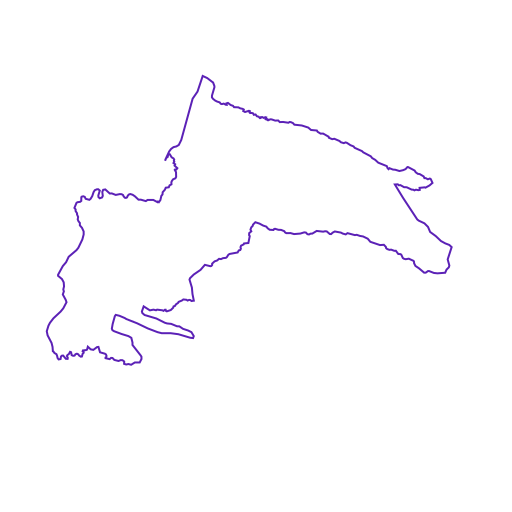 Popokabaka, Bandundu, Democratic Republic of the Congo (Albers equal-area conic projection), rotated 107°
{"feature_id": "63176286B47421332346835", "entity_name": "Popokabaka", "entity_type": "district", "adm_level": 2, "iso_a3": "COD", "parent_name": "Democratic Republic of the Congo", "parent_adm1": "Bandundu", "projection": "albers", "projection_center": [16.639, -5.513], "detail": "fine", "context": "isolated", "style": "outline", "palette": "violet", "viewbox_px": 512, "rotation_deg": 107, "n_neighbors": 0, "source": "geoboundaries", "source_scale": "gbopen_adm2", "svg_char_len": 6147}
<svg xmlns="http://www.w3.org/2000/svg" viewBox="0 0 512 512"><g transform="rotate(107 256 256)"><path d="M397.7,370.0L397.4,365.8L395.8,364.8L395.5,363.4L396.8,361.1L396.6,356.8L395.1,354.9L394.7,353.2L395.4,351.2L397.7,350.6L397.7,348.4L396.6,346.4L396.5,343.6L393.2,340.7L391.8,336.1L388.0,335.4L385.8,336.1L384.9,337.1L377.2,348.1L374.9,348.8L370.7,351.3L369.9,354.6L369.9,361.7L369.4,369.8L368.9,371.6L367.7,372.6L362.9,373.2L354.8,373.4L353.3,372.9L353.1,369.1L353.7,363.4L354.2,361.6L355.1,350.1L356.9,338.3L357.6,327.9L357.4,323.7L354.8,315.2L353.5,307.4L353.4,295.0L352.9,292.2L350.8,292.1L347.7,295.5L347.1,299.2L347.0,304.5L345.7,308.7L346.3,311.0L345.7,317.3L346.5,321.3L346.5,323.6L344.9,333.0L345.0,345.3L343.8,348.0L342.4,348.9L337.0,348.7L339.0,341.6L337.3,338.4L337.1,335.7L336.2,334.9L335.3,329.7L335.5,328.4L334.0,327.4L333.8,326.7L334.8,326.1L335.0,325.1L332.6,321.7L329.7,320.1L328.3,320.1L327.3,318.8L325.8,318.5L323.6,316.8L322.5,316.6L320.3,313.9L318.8,312.8L318.2,309.7L318.6,308.4L317.6,307.2L317.3,306.1L317.9,304.5L316.9,302.4L311.0,305.6L304.9,308.1L298.0,312.7L296.5,312.6L291.9,310.1L285.5,305.0L279.4,302.3L279.1,296.6L278.6,295.8L277.4,295.3L276.1,295.7L273.2,294.0L271.7,291.9L269.5,290.5L269.2,288.6L267.7,286.9L266.6,284.3L265.7,283.6L262.9,282.8L261.8,281.9L258.0,274.6L255.7,274.1L254.9,272.8L253.4,272.6L252.1,273.4L250.5,273.3L248.5,271.2L247.5,271.1L245.8,267.1L238.8,267.8L238.1,268.7L236.1,269.2L233.8,267.7L232.4,269.0L230.0,268.9L228.3,268.0L226.8,268.0L223.9,266.5L224.0,262.1L224.8,258.1L224.9,254.7L226.1,252.9L226.9,250.6L226.0,246.9L225.1,246.7L224.4,245.8L224.4,242.3L223.7,239.6L224.0,236.2L224.9,235.2L225.3,233.7L224.0,229.7L223.9,226.0L221.6,220.2L219.3,216.8L219.0,215.1L220.1,213.2L219.9,211.6L218.7,210.4L218.1,208.7L214.3,205.3L213.1,198.9L212.1,197.1L211.8,195.5L213.4,191.9L213.1,190.6L211.2,189.5L209.5,187.8L208.8,181.7L209.2,179.5L209.1,176.5L207.4,175.2L207.1,167.5L206.3,165.9L206.4,162.4L206.0,159.3L206.8,154.2L209.0,150.8L209.3,140.6L207.9,137.0L209.3,134.5L210.5,133.8L211.0,132.5L211.1,130.2L210.4,128.6L210.6,125.3L210.1,123.8L212.5,120.5L212.0,118.6L212.2,117.5L215.0,115.0L215.4,113.7L215.3,111.9L213.9,109.1L214.6,103.9L215.3,103.2L216.7,102.7L218.9,100.6L220.1,96.6L222.8,90.3L222.3,88.8L220.1,87.1L219.8,86.1L220.2,80.9L219.5,77.3L216.7,70.2L213.3,69.8L210.5,68.3L208.6,68.3L203.2,71.7L190.3,71.5L188.9,74.4L188.6,78.7L187.6,83.5L184.4,89.9L182.1,96.5L177.9,100.0L175.5,104.5L174.6,110.7L173.9,112.5L157.4,132.4L147.0,144.1L146.0,141.4L146.6,140.1L146.0,138.6L146.9,134.5L146.2,132.0L147.0,126.6L146.6,124.9L146.9,123.7L145.8,122.4L145.6,120.0L144.9,118.7L143.0,119.5L141.0,114.7L141.1,113.9L137.8,110.7L134.5,108.6L131.4,111.3L131.1,112.4L132.4,114.1L131.9,116.5L132.3,117.7L130.9,118.9L129.8,123.4L130.1,125.3L129.2,127.8L127.9,129.3L126.5,136.5L126.7,137.2L129.2,138.4L130.9,140.4L132.8,143.7L132.8,148.1L133.3,150.3L133.0,154.1L134.2,154.6L133.6,155.8L131.8,157.2L131.0,166.4L129.2,170.1L128.4,173.5L127.1,175.4L125.5,183.8L124.7,185.3L123.7,193.3L122.7,194.7L122.4,198.1L121.2,202.2L121.2,203.6L122.4,205.0L122.4,208.1L121.6,209.8L121.0,215.4L122.0,217.3L121.6,220.9L120.7,221.4L119.3,227.6L120.1,230.0L119.2,233.4L118.2,234.5L119.4,240.2L117.9,243.6L117.8,250.4L119.2,257.7L118.1,259.5L117.8,261.8L118.0,263.0L119.1,264.0L119.9,269.3L121.0,272.4L119.9,274.4L120.9,277.2L120.8,281.0L121.1,282.3L122.7,284.1L122.7,284.6L121.9,284.8L121.8,285.4L122.4,286.4L122.2,287.0L120.5,286.8L120.5,287.6L121.7,289.2L121.3,290.5L121.8,291.9L122.7,291.9L123.0,292.5L122.0,294.3L122.1,296.0L120.8,297.8L121.6,299.4L120.5,300.4L120.4,301.8L121.0,303.4L120.6,304.2L119.3,304.2L119.2,305.2L121.5,308.6L121.1,310.6L119.5,310.5L119.2,311.8L119.4,314.3L119.0,316.3L120.1,320.5L119.1,321.9L119.0,324.4L117.8,327.6L118.7,328.9L120.0,328.2L120.2,329.1L119.7,331.4L120.7,333.0L120.7,334.3L119.7,335.7L119.7,338.2L119.3,340.5L118.3,343.0L117.2,344.5L115.5,345.0L106.7,345.1L105.6,345.5L102.7,347.7L100.1,354.7L99.4,359.6L115.9,360.0L124.1,362.6L166.9,361.4L172.4,362.3L174.5,364.2L176.0,366.7L178.4,368.5L181.4,369.6L190.0,370.8L191.5,370.8L188.5,370.5L187.1,369.4L184.6,369.7L184.1,369.3L183.9,368.2L186.3,365.5L186.8,363.4L187.7,362.4L189.0,362.4L189.7,361.7L191.2,362.1L191.9,360.1L193.4,360.3L195.0,356.9L196.5,357.4L196.9,358.7L197.4,358.9L199.2,357.0L203.7,355.5L205.3,355.8L206.9,357.7L208.9,358.4L210.2,358.5L212.2,357.8L213.7,359.3L215.8,359.5L217.1,362.3L219.2,362.5L222.3,363.9L224.5,363.4L226.1,364.1L230.5,363.8L232.9,364.6L232.5,365.3L232.7,366.0L233.3,366.1L232.4,370.6L234.1,376.1L235.7,377.4L235.8,382.6L236.5,384.8L234.3,389.3L233.5,391.9L233.5,394.3L234.2,395.4L235.6,396.2L237.7,396.5L238.5,397.4L238.6,398.5L237.6,400.1L236.6,400.9L236.2,402.5L236.6,404.3L238.6,408.0L238.3,412.2L239.0,414.1L236.4,419.6L237.4,421.5L239.7,421.7L243.3,420.1L245.0,420.3L246.5,422.3L245.7,423.9L244.2,424.5L239.1,424.5L238.3,426.3L238.7,427.6L240.2,429.4L242.4,430.0L246.6,430.1L249.7,430.9L251.0,431.8L251.1,435.6L249.5,437.1L249.4,438.7L250.3,440.1L251.0,440.2L254.4,439.2L255.6,440.0L256.8,442.5L257.7,443.2L263.1,443.7L264.2,442.1L265.7,441.7L267.5,439.6L268.6,439.3L270.7,437.5L273.1,437.2L274.7,435.9L275.9,434.1L278.2,433.4L279.9,430.7L282.9,428.0L285.8,427.1L290.9,426.9L300.1,428.3L302.9,429.4L311.5,434.9L317.5,435.8L322.1,437.8L331.8,439.8L332.8,439.5L334.8,434.8L337.4,432.2L341.2,430.7L344.3,430.5L346.0,429.4L349.3,429.5L353.5,425.2L355.6,423.7L362.4,425.0L366.3,426.6L374.8,431.5L380.1,433.5L383.3,434.1L389.1,434.1L392.8,432.1L398.9,426.1L402.4,424.0L406.5,422.4L406.6,421.7L407.7,420.4L408.2,418.2L409.5,417.1L411.6,415.9L412.6,414.5L411.7,412.8L409.1,413.1L408.0,412.4L407.6,411.3L409.9,407.8L409.5,406.1L408.4,406.2L406.9,407.6L405.7,407.3L404.5,406.3L402.0,405.8L402.1,404.7L404.7,403.3L404.9,401.7L404.3,400.4L402.7,399.9L401.8,398.7L402.0,397.2L402.9,396.1L403.5,394.1L403.0,393.1L400.2,393.2L398.9,392.5L397.9,392.9L397.8,393.9L396.9,393.9L395.7,391.1L394.9,390.2L391.9,390.3L393.6,386.8L393.3,384.1L389.6,381.4L389.0,380.1L393.7,377.0L393.6,372.0L394.0,370.7L395.3,369.7L396.5,369.7L397.1,370.2L397.7,370.0Z" fill="none" stroke="#5b21b6" stroke-width="2"/></g></svg>